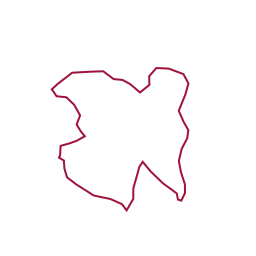 the district of Lekeberg, Orebro, Sweden, rotated 304°
{"feature_id": "70781695B87625473444636", "entity_name": "Lekeberg", "entity_type": "district", "adm_level": 2, "iso_a3": "SWE", "parent_name": "Sweden", "parent_adm1": "Orebro", "projection": "albers", "projection_center": [14.811, 59.203], "detail": "fine", "context": "isolated", "style": "outline", "palette": "rose", "viewbox_px": 256, "rotation_deg": 304, "n_neighbors": 0, "source": "geoboundaries", "source_scale": "gbopen_adm2", "svg_char_len": 819}
<svg xmlns="http://www.w3.org/2000/svg" viewBox="0 0 256 256"><g transform="rotate(304 128 128)"><path d="M64.8,87.4L65.2,93.0L58.8,98.0L53.0,105.1L52.3,116.6L52.9,137.4L59.3,153.2L61.5,165.5L58.9,172.9L72.2,172.0L80.9,166.2L102.4,159.1L108.2,159.1L104.6,171.3L101.7,187.8L101.0,205.1L96.6,209.4L97.6,212.8L106.0,211.6L113.2,206.6L121.1,196.5L129.1,188.6L140.6,184.2L152.8,182.8L158.5,179.9L160.0,179.2L164.3,170.5L170.7,160.4L188.0,156.8L198.7,153.2L203.7,143.8L201.1,133.1L200.1,128.7L193.6,118.0L182.8,116.6L175.7,121.6L164.2,118.1L165.6,105.2L164.8,96.6L160.5,88.7L161.2,75.8L154.0,65.8L142.6,50.8L125.4,45.1L117.4,43.2L117.2,44.1L114.4,51.0L119.0,59.7L117.2,70.2L111.7,81.2L102.1,83.5L98.8,90.8L97.0,96.8L88.7,92.6L81.9,87.6L75.5,82.1L67.2,87.1L64.8,87.4Z" fill="none" stroke="#9f1239" stroke-width="2"/></g></svg>